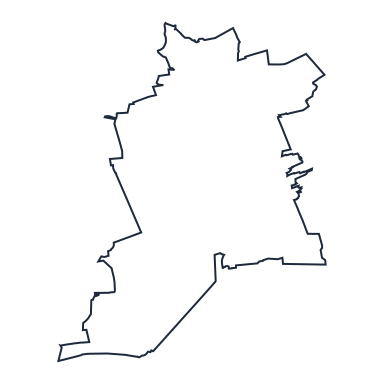 the district of Costesti, Arges, Romania
{"feature_id": "2599482B84338141113763", "entity_name": "Costesti", "entity_type": "district", "adm_level": 2, "iso_a3": "ROU", "parent_name": "Romania", "parent_adm1": "Arges", "projection": "robinson", "projection_center": [24.853, 44.689], "detail": "fine", "context": "isolated", "style": "outline", "palette": "slate", "viewbox_px": 384, "rotation_deg": 0, "n_neighbors": 0, "source": "geoboundaries", "source_scale": "gbopen_adm2", "svg_char_len": 4993}
<svg xmlns="http://www.w3.org/2000/svg" viewBox="0 0 384 384"><path d="M153.2,351.2L186.1,314.5L200.2,298.8L212.0,285.5L215.1,282.0L215.7,281.1L215.5,276.4L214.6,254.9L216.7,254.2L220.2,253.1L221.3,254.0L224.1,254.8L223.5,255.6L223.0,256.9L222.3,258.7L221.9,260.6L221.9,262.7L222.2,264.9L222.5,266.8L222.7,267.9L223.2,267.8L223.2,267.3L223.8,267.0L224.9,267.0L225.5,266.3L227.2,266.0L228.6,266.5L228.9,267.4L228.8,268.6L229.4,268.6L232.0,268.3L232.0,268.1L235.9,267.8L236.0,265.4L254.9,263.6L257.4,263.4L259.1,261.6L263.0,260.7L263.0,260.3L268.1,258.6L277.8,259.2L282.4,257.8L283.0,263.9L325.6,264.6L325.3,261.0L325.2,260.2L322.0,257.7L320.6,249.9L322.1,248.0L322.1,245.8L322.1,245.5L318.9,233.9L307.7,233.8L302.8,220.9L298.1,209.8L298.1,209.5L294.0,200.0L296.7,199.3L296.7,198.9L297.8,198.3L297.7,198.0L299.0,196.4L298.6,193.7L297.0,191.9L298.5,191.2L299.1,191.9L300.4,192.3L300.9,192.0L299.9,190.0L301.6,188.4L301.6,187.2L300.2,187.8L299.9,187.7L299.2,187.9L298.2,187.1L298.6,185.8L292.1,188.2L291.7,185.5L295.0,184.6L294.8,184.4L296.8,183.4L295.6,182.3L295.4,179.1L305.6,174.5L306.8,173.4L307.1,172.1L311.8,170.1L312.0,168.7L304.0,172.1L303.8,171.7L300.2,173.3L299.5,172.0L294.4,173.5L294.1,173.0L289.8,174.6L287.3,176.0L287.4,174.5L286.6,173.0L288.8,172.0L290.8,170.1L290.5,169.6L290.8,169.3L289.7,168.6L292.5,167.4L292.2,167.0L302.4,162.5L302.5,161.5L301.8,160.8L300.1,159.3L301.5,158.7L301.2,157.8L300.6,157.1L299.3,157.6L298.4,154.4L297.7,153.5L292.8,154.7L292.2,153.8L290.6,154.1L286.3,155.3L285.8,154.8L281.9,156.3L282.6,151.2L290.7,149.4L290.6,149.2L281.4,126.1L278.2,118.6L277.9,117.3L277.9,117.0L280.5,116.8L280.0,116.3L279.2,115.6L279.0,115.2L279.3,115.2L281.1,114.8L282.2,114.5L284.1,114.2L284.5,114.1L286.3,113.3L287.1,114.1L287.7,114.0L288.5,113.7L290.1,113.2L303.2,110.2L308.8,106.2L306.0,101.0L307.3,100.4L306.9,99.6L312.5,96.1L312.6,94.5L313.3,91.6L314.3,90.6L316.0,89.5L316.9,86.5L316.1,85.3L313.3,83.8L313.0,82.5L317.5,79.6L317.8,79.1L324.5,74.8L306.1,53.9L286.9,63.3L284.0,64.2L281.6,64.3L280.6,64.5L268.8,64.4L267.0,50.4L254.9,53.9L245.3,56.8L245.6,58.1L237.9,60.5L238.0,53.3L238.8,51.3L238.3,49.4L238.8,43.0L239.8,42.2L237.2,37.6L237.0,37.1L236.8,36.5L236.7,35.9L235.3,32.9L233.0,28.1L215.2,38.0L204.4,40.1L202.8,38.7L199.3,38.9L198.0,40.8L198.6,41.5L198.1,41.8L196.4,42.3L195.9,42.2L195.2,41.7L194.8,41.3L194.8,41.0L194.9,40.7L194.8,40.4L194.7,40.3L194.5,40.2L193.6,40.7L193.3,40.6L192.0,40.0L191.2,39.4L190.8,38.9L188.8,37.8L187.8,37.8L187.5,37.9L187.1,37.8L186.2,37.8L185.3,37.8L184.4,37.3L182.6,35.5L182.2,35.2L181.8,34.8L181.3,33.9L176.2,29.2L174.9,29.3L174.9,29.1L175.4,28.6L175.5,25.5L175.3,25.4L174.7,25.6L174.2,25.9L173.7,26.1L173.3,26.2L172.4,25.8L172.2,25.8L171.3,25.4L170.8,25.3L170.6,25.2L169.7,24.8L168.1,24.3L167.0,23.8L166.4,23.7L165.9,23.3L165.6,23.0L164.7,24.2L164.6,25.9L165.2,29.6L165.2,31.4L164.6,33.3L164.8,35.1L165.5,36.5L165.8,37.6L165.9,39.7L165.9,42.2L164.8,45.1L163.2,47.9L160.3,49.9L158.5,50.4L157.9,50.7L158.2,52.4L163.0,56.5L165.8,57.4L168.2,62.9L169.6,67.0L171.7,68.7L172.5,68.3L173.8,69.7L173.6,69.9L168.5,69.3L169.2,74.5L158.8,76.0L158.3,78.3L156.6,82.8L157.1,83.6L159.4,84.8L163.4,85.0L153.0,86.8L156.0,95.1L148.3,96.9L133.2,102.5L133.7,104.0L129.5,104.3L127.5,112.7L116.9,113.3L116.7,113.5L116.7,114.0L116.7,114.4L116.8,114.9L116.8,115.4L116.8,115.9L116.7,116.6L116.5,117.0L116.4,117.5L116.3,117.8L116.2,118.2L115.9,118.1L114.8,117.9L113.9,117.7L113.6,117.7L113.1,117.6L112.4,117.4L112.5,117.3L112.3,117.2L112.1,117.1L111.8,117.0L111.1,116.8L110.2,116.5L109.2,116.2L108.9,116.2L108.6,116.2L108.5,116.3L108.4,116.4L107.8,116.2L107.2,116.1L107.1,116.4L107.1,116.6L106.3,116.4L106.0,116.3L105.2,116.3L105.1,116.5L105.3,116.6L105.5,117.0L105.8,117.2L105.5,117.4L107.1,117.7L110.1,118.3L111.2,118.5L112.7,118.8L114.1,119.0L114.5,119.1L115.4,119.2L114.4,123.9L119.9,142.7L122.2,151.3L122.3,158.0L109.9,159.0L111.0,165.4L113.0,165.1L113.1,167.1L113.3,168.7L115.3,172.8L116.0,173.2L116.3,174.7L119.1,181.2L122.4,188.8L127.0,199.4L141.2,232.5L122.9,239.3L113.8,242.6L113.8,245.6L112.9,247.6L111.3,249.1L110.8,250.1L108.1,251.2L108.5,255.8L104.4,257.0L101.3,256.4L98.3,261.5L103.3,260.6L111.6,268.2L114.0,278.4L114.5,282.2L114.9,289.9L114.7,291.6L113.9,292.2L109.9,292.4L109.2,292.8L94.9,292.9L95.1,294.4L98.6,294.6L98.4,295.1L96.1,296.0L94.6,296.1L92.9,299.5L93.8,299.6L91.6,299.9L91.3,300.8L90.9,314.0L88.0,318.6L85.3,321.4L83.2,322.9L82.9,330.1L86.4,329.8L89.3,342.1L88.3,342.2L87.6,342.2L86.5,342.3L82.1,342.6L81.9,342.6L81.2,342.6L80.6,342.6L80.3,342.7L78.4,342.9L76.5,343.2L76.0,343.2L75.3,343.3L73.8,343.4L73.6,343.5L73.4,343.5L73.1,343.6L71.6,343.8L71.0,343.9L70.8,343.9L70.3,344.0L66.7,344.5L63.2,345.1L62.7,345.2L62.1,345.3L61.1,345.5L60.8,345.6L60.5,345.5L61.7,347.6L58.4,361.0L78.2,356.0L81.1,355.2L81.9,354.6L87.4,353.8L107.2,353.5L124.8,354.8L137.1,356.8L137.5,356.6L138.9,357.4L140.6,356.6L141.6,355.7L143.7,355.5L146.0,354.3L148.0,351.7L150.5,352.1L151.4,350.4L153.2,351.2Z" fill="none" stroke="#1e293b" stroke-width="2"/></svg>